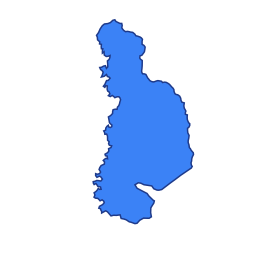 Santo Augusto, Rio Grande do Sul, Brazil, rotated 211°
{"feature_id": "56859067B5859001654584", "entity_name": "Santo Augusto", "entity_type": "district", "adm_level": 2, "iso_a3": "BRA", "parent_name": "Brazil", "parent_adm1": "Rio Grande do Sul", "projection": "equal_earth", "projection_center": [-53.726, -27.897], "detail": "fine", "context": "isolated", "style": "filled", "palette": "blue", "viewbox_px": 256, "rotation_deg": 211, "n_neighbors": 0, "source": "geoboundaries", "source_scale": "gbopen_adm2", "svg_char_len": 3660}
<svg xmlns="http://www.w3.org/2000/svg" viewBox="0 0 256 256"><g transform="rotate(211 128 128)"><path d="M87.3,46.9L84.5,47.9L82.2,48.4L78.6,48.2L76.9,48.8L72.8,49.6L71.2,51.0L70.4,55.0L68.3,58.7L63.4,61.5L62.2,63.9L65.0,67.1L67.3,71.3L67.3,74.2L67.2,76.9L67.9,79.1L69.3,79.1L75.2,80.5L77.9,81.7L89.1,81.0L92.8,82.9L91.0,86.3L88.6,87.3L85.1,87.6L77.8,90.6L74.6,89.2L71.2,89.7L69.5,90.6L67.4,92.6L63.4,102.7L61.1,108.1L58.5,114.6L53.1,126.3L53.2,128.2L54.4,128.7L56.0,130.5L56.5,132.5L57.5,134.4L58.0,136.4L58.2,139.0L59.3,140.4L61.1,141.0L62.7,141.6L63.9,142.4L65.3,142.8L67.1,145.0L68.8,146.4L69.8,147.9L70.7,150.6L71.8,153.1L74.2,154.6L75.7,156.6L76.8,158.4L76.2,160.1L76.4,162.0L77.3,163.5L78.6,163.7L80.3,164.8L81.6,165.9L82.9,167.8L83.9,169.8L85.8,169.3L86.7,170.6L87.1,172.3L88.4,173.1L89.9,173.9L91.5,175.7L92.7,178.5L95.1,177.9L96.8,179.0L98.2,180.7L100.1,181.9L102.4,182.1L104.2,181.5L105.5,181.6L107.3,183.0L108.5,184.6L110.1,185.4L111.6,185.7L113.1,186.2L115.0,186.8L116.8,186.9L118.7,186.8L120.2,186.2L121.8,184.8L123.4,185.3L125.0,184.7L126.8,184.0L128.0,182.8L129.0,181.5L130.2,180.4L132.1,179.9L133.9,179.9L135.2,180.5L136.8,181.0L138.6,182.1L140.2,183.1L141.6,182.9L143.4,182.0L144.7,182.7L145.7,183.9L146.7,186.2L147.8,188.4L149.5,191.4L150.6,193.2L152.8,193.4L154.0,194.0L154.9,196.1L153.6,197.4L153.3,199.9L153.2,201.8L154.0,203.9L155.0,206.2L156.8,207.0L159.0,207.0L160.5,209.4L161.3,211.5L162.9,212.1L164.4,212.2L167.0,211.7L168.8,211.1L170.5,212.0L171.9,212.2L173.2,212.4L175.3,211.5L176.8,211.1L178.3,210.5L179.7,209.3L181.8,209.4L183.6,210.0L184.9,210.7L185.8,212.9L187.2,214.4L188.7,213.5L190.9,213.3L193.2,213.1L195.0,214.0L196.5,212.5L197.4,209.3L199.0,207.2L201.8,205.0L202.7,202.5L202.9,198.6L202.4,194.7L202.5,193.0L202.7,191.2L201.2,190.2L199.5,187.9L196.6,187.3L195.7,185.4L193.9,186.0L192.8,183.8L191.6,182.2L190.4,182.9L189.6,180.8L188.5,179.0L187.8,181.0L185.9,178.3L183.5,178.1L182.0,179.2L180.7,180.9L179.8,179.0L179.5,177.0L180.2,174.9L178.4,172.4L176.8,170.0L177.2,168.0L179.4,169.8L180.9,168.4L182.0,166.4L183.4,165.3L181.6,164.0L180.0,163.9L178.1,163.1L177.3,160.1L177.1,158.0L175.0,160.1L174.0,162.8L172.2,161.5L170.5,161.9L169.0,161.5L169.4,158.7L170.8,157.6L170.6,155.6L170.3,153.4L170.6,151.1L168.8,150.9L168.8,152.8L167.4,153.4L166.5,151.6L165.6,150.2L164.4,149.2L162.9,149.2L161.1,147.9L161.5,145.6L159.4,145.8L158.3,147.8L156.2,147.6L154.9,147.2L153.5,149.1L151.9,150.1L150.5,149.7L148.9,148.4L148.3,145.9L147.7,144.2L147.4,142.2L147.8,140.5L147.0,138.4L148.6,137.6L150.2,136.0L149.7,134.3L148.7,132.5L149.3,129.7L150.5,127.4L149.5,126.3L148.0,124.6L146.6,123.0L145.1,122.5L143.4,122.3L142.6,120.8L143.4,119.3L145.1,119.0L146.3,120.2L146.9,118.6L147.0,116.5L146.1,114.7L147.3,113.0L145.8,112.1L144.6,110.7L143.2,111.8L141.5,110.6L140.5,109.1L139.2,107.0L137.1,106.5L136.6,104.6L135.1,103.6L132.8,104.3L132.5,102.5L134.0,100.3L132.6,98.4L132.8,96.3L134.2,93.7L133.0,92.6L131.4,93.2L129.7,91.1L131.2,90.6L132.0,89.2L132.5,87.4L130.7,86.9L129.7,84.9L130.7,83.4L131.7,82.0L131.8,79.5L131.4,77.5L130.2,77.0L128.8,76.1L128.9,74.2L130.6,72.5L132.2,72.2L131.2,70.5L129.2,69.7L127.8,71.9L126.5,72.2L125.0,71.6L123.6,71.0L124.0,68.5L126.2,67.7L127.8,66.9L128.7,65.5L130.2,64.1L129.2,62.8L127.9,62.1L126.9,63.9L125.4,63.3L123.8,62.4L121.2,63.3L119.5,61.6L120.7,60.8L122.4,60.9L122.4,58.7L122.8,57.0L123.7,55.0L121.8,53.5L121.5,51.2L119.8,51.1L117.7,52.1L115.9,51.7L114.4,51.2L113.2,53.1L111.1,52.8L109.9,51.7L110.3,49.3L112.1,46.2L111.7,44.2L110.0,44.6L108.9,43.6L107.6,42.9L106.8,41.6L104.5,45.5L102.5,45.6L97.3,43.9L95.4,45.8L93.0,47.1L90.0,49.5L87.3,46.9Z" fill="#3b82f6" stroke="#1e3a8a" stroke-width="1.5"/></g></svg>